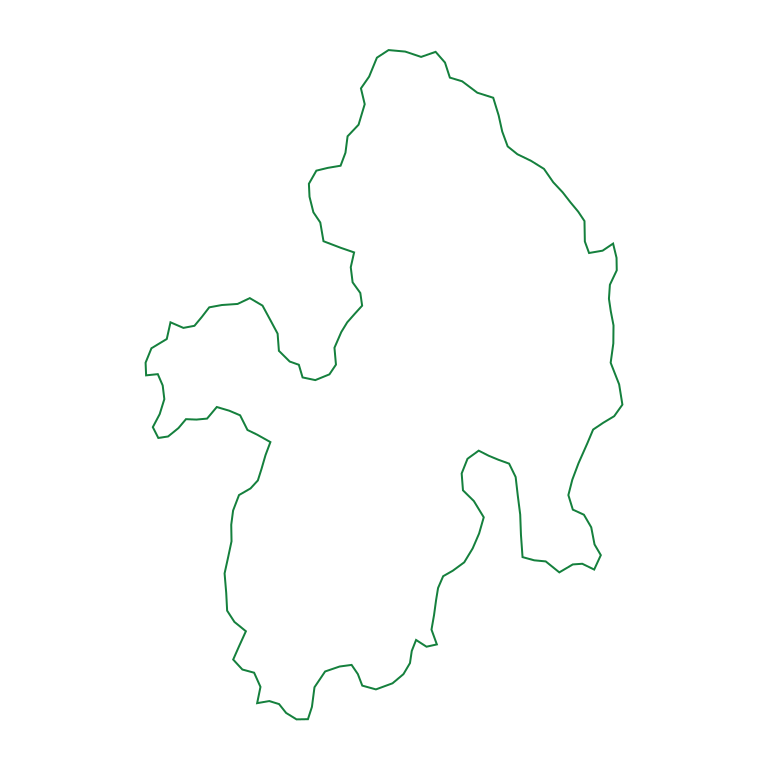 outline of Amparo do Serra, Minas Gerais, Brazil, rotated 179°
{"feature_id": "56859067B23618411337621", "entity_name": "Amparo do Serra", "entity_type": "district", "adm_level": 2, "iso_a3": "BRA", "parent_name": "Brazil", "parent_adm1": "Minas Gerais", "projection": "equal_earth", "projection_center": [-42.798, -20.529], "detail": "fine", "context": "isolated", "style": "outline", "palette": "green", "viewbox_px": 768, "rotation_deg": 179, "n_neighbors": 0, "source": "geoboundaries", "source_scale": "gbopen_adm2", "svg_char_len": 2309}
<svg xmlns="http://www.w3.org/2000/svg" viewBox="0 0 768 768"><g transform="rotate(179 384 384)"><path d="M516.4,67.1L504.3,69.0L494.5,65.8L487.6,56.8L477.3,50.2L465.9,50.2L461.7,62.4L458.8,82.0L447.9,97.6L433.3,102.3L421.3,103.7L415.2,94.4L411.0,82.8L397.4,78.8L380.7,84.6L369.6,93.6L362.9,104.5L360.9,116.6L356.4,127.5L346.1,120.6L335.7,122.7L340.8,137.6L338.0,152.1L335.7,167.0L333.5,179.1L328.2,190.8L318.5,196.1L306.9,204.3L298.2,218.1L291.5,232.9L286.6,249.0L296.2,265.4L306.9,276.3L307.9,293.2L301.8,307.8L290.5,315.7L280.5,310.4L270.8,306.2L260.3,302.2L254.0,288.7L252.2,270.2L250.1,251.1L249.7,230.8L248.5,208.5L236.9,205.1L225.4,203.8L212.0,192.6L198.4,200.3L188.9,200.8L177.1,194.8L170.2,209.1L176.3,219.9L179.3,237.1L186.4,249.8L197.4,255.1L201.6,269.7L197.4,285.0L190.9,301.4L181.8,321.0L175.7,334.8L165.5,341.4L154.4,347.8L146.0,359.2L148.9,379.5L157.0,401.3L154.0,420.6L153.5,438.6L156.0,452.9L157.6,465.3L156.4,479.3L149.3,493.6L149.3,506.1L152.5,520.4L163.1,513.5L176.7,511.4L180.7,523.0L180.7,543.4L186.8,552.9L194.5,562.5L202.0,572.5L211.3,582.8L220.3,596.3L233.0,604.5L246.6,611.4L256.2,619.4L261.4,634.4L264.7,650.6L269.8,668.3L285.6,673.6L300.6,685.3L312.8,689.2L317.4,704.3L326.6,715.2L341.2,710.4L357.0,716.0L373.6,717.8L385.4,710.4L393.5,691.6L401.9,680.0L398.4,664.1L404.9,643.7L416.1,632.3L418.5,615.9L423.6,603.0L436.3,601.1L447.9,598.5L455.6,585.5L455.2,572.5L451.6,556.9L444.9,546.6L442.0,527.8L424.8,520.9L411.6,516.1L415.2,501.3L413.6,486.2L406.1,475.4L404.5,462.7L412.2,454.5L419.7,446.3L425.8,436.7L432.9,421.1L431.7,404.2L438.4,394.6L452.6,389.1L465.3,392.0L468.8,404.7L477.9,408.1L488.5,419.0L489.5,436.2L496.0,448.9L504.1,464.5L516.7,472.2L529.0,466.6L544.7,465.8L557.4,463.7L565.0,454.2L572.5,445.5L583.6,443.6L596.4,449.4L600.4,432.8L615.9,423.8L622.0,409.5L621.7,396.8L610.0,397.8L605.3,386.4L603.9,372.7L608.8,357.8L615.9,344.9L610.6,334.0L600.8,335.3L590.3,343.5L582.6,352.3L572.2,351.7L561.5,352.5L551.6,363.9L539.2,360.0L528.4,355.2L521.3,340.4L511.8,335.6L498.6,327.9L503.7,315.0L507.9,301.4L511.8,289.8L519.3,281.9L530.9,275.5L537.1,260.1L539.2,245.9L539.2,229.4L542.8,213.8L546.7,197.4L545.4,177.8L544.8,160.1L537.7,148.7L526.4,139.2L533.5,124.3L539.6,111.1L530.6,101.0L518.9,97.6L512.8,83.3L516.4,67.1Z" fill="none" stroke="#15803d" stroke-width="2"/></g></svg>